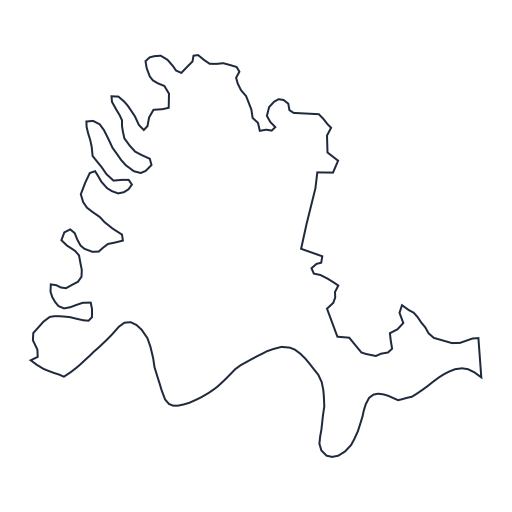 Itapiranga, Santa Catarina, Brazil (Natural Earth projection)
{"feature_id": "56859067B85066808515960", "entity_name": "Itapiranga", "entity_type": "district", "adm_level": 2, "iso_a3": "BRA", "parent_name": "Brazil", "parent_adm1": "Santa Catarina", "projection": "natural_earth1", "projection_center": [-53.721, -27.112], "detail": "fine", "context": "isolated", "style": "outline", "palette": "slate", "viewbox_px": 512, "rotation_deg": 0, "n_neighbors": 0, "source": "geoboundaries", "source_scale": "gbopen_adm2", "svg_char_len": 3808}
<svg xmlns="http://www.w3.org/2000/svg" viewBox="0 0 512 512"><path d="M331.1,127.8L327.7,124.4L323.3,118.8L318.8,114.2L293.6,112.9L289.4,110.1L288.3,103.7L283.6,100.0L278.7,99.2L274.2,101.6L269.1,107.1L266.9,115.9L270.3,122.0L275.3,127.1L271.7,130.6L266.2,129.7L259.8,130.8L258.0,122.9L252.6,117.9L251.4,109.7L248.4,101.9L246.1,96.1L241.0,90.2L237.7,83.5L236.1,77.8L239.4,71.7L236.6,67.0L229.6,64.9L223.2,63.2L216.5,63.9L209.7,63.8L204.1,60.0L198.1,55.1L193.5,55.7L192.5,61.5L187.6,66.4L181.3,72.9L176.0,70.5L172.9,66.0L167.5,59.8L160.7,55.7L154.2,56.2L149.6,57.4L145.5,61.2L146.7,68.2L149.8,76.5L152.9,80.4L157.6,83.2L164.4,86.0L169.0,93.7L168.7,107.8L162.4,109.2L153.5,109.8L149.1,117.4L147.5,126.1L143.8,130.0L138.9,125.0L135.0,116.5L131.1,110.6L127.3,105.1L123.9,101.3L118.4,96.6L111.5,96.3L112.0,101.9L115.8,108.8L119.8,115.5L122.0,120.3L122.0,125.9L122.9,131.7L124.4,138.4L129.5,145.4L135.1,151.6L141.3,154.9L149.8,158.8L151.5,165.0L145.7,170.9L140.7,173.0L133.8,171.2L125.9,165.3L121.2,160.1L116.9,153.9L112.5,147.8L108.7,139.6L104.0,130.2L99.7,124.3L93.1,120.9L86.4,121.5L86.6,126.9L88.1,133.2L90.2,139.9L91.7,146.9L92.6,156.0L98.0,162.7L101.6,167.1L106.4,174.1L113.5,180.6L121.5,179.9L128.7,179.9L131.9,184.6L128.5,189.3L123.9,192.2L118.1,193.4L111.8,191.1L107.0,188.1L101.4,181.8L98.0,175.9L95.1,171.2L89.8,173.0L85.3,182.5L80.8,194.3L83.2,202.2L87.0,207.7L92.0,211.6L99.9,217.1L104.5,222.1L112.5,228.5L122.0,234.6L122.9,240.6L114.7,242.6L107.9,244.0L103.3,247.5L98.7,251.6L92.4,251.8L84.4,248.8L80.5,245.5L77.3,239.6L74.7,233.1L70.2,229.4L64.3,232.4L61.4,240.2L66.9,245.5L70.9,248.1L75.2,251.0L79.0,255.4L80.7,264.5L81.8,270.0L81.5,276.8L77.9,281.8L73.1,284.3L66.0,288.2L60.9,287.5L56.3,285.2L50.8,284.4L50.5,291.6L52.2,297.0L55.1,302.0L58.5,306.1L64.0,308.4L70.4,307.2L75.6,305.2L82.7,302.8L90.7,302.6L92.0,308.9L92.0,317.1L88.6,320.7L83.5,320.3L76.7,318.8L69.7,317.1L64.6,316.6L59.2,316.2L54.4,316.2L49.8,316.9L43.5,321.6L38.2,327.6L33.3,333.0L32.9,340.3L37.4,349.6L37.7,356.9L30.7,360.3L36.8,364.8L43.5,368.9L49.5,371.3L54.1,373.0L58.9,374.5L63.9,376.7L70.8,372.1L76.5,367.7L80.8,364.0L84.7,360.3L89.7,355.8L93.6,351.9L99.2,347.0L107.0,339.6L111.8,334.7L115.2,330.9L118.8,326.8L124.4,322.7L130.7,322.2L136.5,325.0L141.6,329.7L147.4,338.1L150.5,347.0L153.2,358.4L154.5,367.2L157.6,377.3L159.5,383.2L161.7,390.5L165.1,399.5L169.0,404.0L173.2,405.7L177.7,405.7L183.5,404.5L189.3,402.8L197.1,399.3L201.7,397.0L208.7,392.9L213.8,389.4L217.4,386.7L224.0,380.6L230.5,374.1L235.2,369.2L240.8,365.1L251.4,359.3L257.5,356.0L262.3,353.7L266.8,351.3L273.4,349.0L281.4,346.9L289.7,347.6L294.8,349.6L300.3,353.7L305.4,358.7L309.8,364.0L313.6,368.9L318.3,374.8L321.7,382.1L323.3,390.0L323.8,395.5L324.3,406.3L322.9,415.9L322.0,424.2L321.4,429.7L320.1,436.8L319.4,443.8L321.4,450.5L326.6,455.7L332.2,456.9L338.3,455.7L345.1,451.4L351.1,445.0L354.3,439.1L357.9,431.2L360.6,422.7L362.5,416.5L363.7,410.9L365.7,404.3L369.1,397.8L373.5,394.6L378.1,393.7L383.6,394.4L388.2,395.8L393.6,398.2L398.1,400.2L402.5,399.1L407.1,397.8L412.0,396.7L417.1,393.5L422.2,390.0L427.2,386.4L432.6,382.1L438.9,377.4L444.5,373.9L449.3,371.5L455.1,369.2L462.1,368.3L468.0,369.2L474.5,372.4L481.3,377.4L478.4,338.1L472.6,338.5L466.8,340.5L460.0,342.9L452.0,343.1L433.8,337.9L428.5,333.2L425.3,327.4L421.3,322.6L417.6,317.1L413.7,312.7L408.8,310.1L402.0,305.2L399.5,312.8L403.3,323.0L397.5,329.3L389.9,333.2L390.7,340.2L392.1,348.7L388.0,352.5L381.0,353.7L375.8,356.0L365.7,353.9L361.4,352.5L349.2,337.7L337.4,336.7L327.0,308.7L333.3,302.8L335.2,297.5L335.0,292.0L338.3,285.5L333.6,282.4L327.7,278.7L320.4,275.0L313.8,273.6L311.5,268.2L316.5,263.9L321.2,262.7L322.3,256.3L301.1,248.8L306.6,223.8L315.4,188.4L317.3,172.4L333.0,172.6L338.1,160.7L327.5,152.5L327.0,135.5L331.1,127.8Z" fill="none" stroke="#1e293b" stroke-width="2"/></svg>